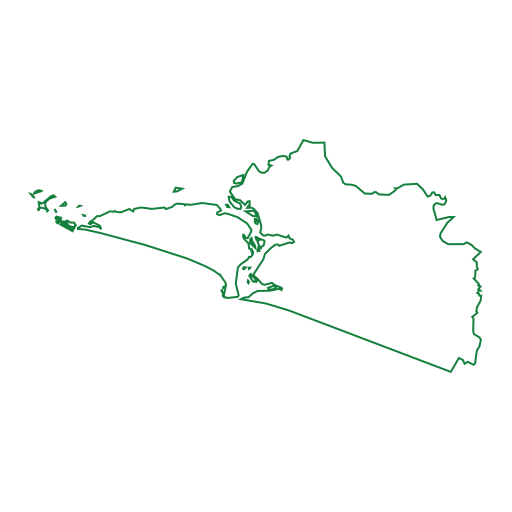 Bonthe, Southern, Sierra Leone
{"feature_id": "65957751B90425188102960", "entity_name": "Bonthe", "entity_type": "district", "adm_level": 2, "iso_a3": "SLE", "parent_name": "Sierra Leone", "parent_adm1": "Southern", "projection": "albers", "projection_center": [-12.539, 7.5], "detail": "fine", "context": "isolated", "style": "outline", "palette": "green", "viewbox_px": 512, "rotation_deg": 0, "n_neighbors": 0, "source": "geoboundaries", "source_scale": "gbopen_adm2", "svg_char_len": 6041}
<svg xmlns="http://www.w3.org/2000/svg" viewBox="0 0 512 512"><path d="M476.8,262.4L473.1,259.2L480.8,252.0L475.1,248.5L471.5,244.9L466.9,242.4L463.6,244.1L448.2,244.2L442.6,240.9L440.0,236.9L440.5,233.4L447.4,222.7L453.6,217.1L449.0,217.0L436.6,220.0L433.4,208.4L433.6,205.7L435.5,203.5L437.0,203.2L442.7,204.8L444.7,204.1L446.3,200.5L445.2,197.3L444.3,198.7L442.1,198.9L441.0,198.3L439.4,195.0L435.8,195.1L434.1,192.3L432.3,192.5L430.2,195.8L427.6,196.5L423.0,189.5L417.0,183.8L404.0,184.6L397.0,188.5L395.4,188.4L396.2,189.2L394.3,191.2L388.9,194.9L379.0,194.4L375.9,192.1L374.2,192.1L371.9,193.8L364.7,193.5L355.9,186.0L351.7,184.7L345.8,184.4L343.1,182.6L341.1,176.6L332.2,168.0L325.1,156.4L324.4,142.6L313.0,142.8L303.4,140.1L297.3,151.0L290.6,153.5L289.4,156.4L290.2,157.8L288.5,159.7L287.4,159.6L286.7,156.8L283.3,155.8L277.9,157.0L274.1,159.7L269.0,160.9L268.4,164.7L271.3,165.5L269.4,166.8L267.9,170.3L264.3,172.8L261.3,172.6L259.0,171.3L254.2,164.1L252.7,163.8L247.1,171.5L242.3,183.7L237.9,186.1L232.3,187.0L229.8,191.5L235.2,199.3L240.1,200.2L245.1,204.9L247.7,201.5L249.6,201.2L249.6,207.1L253.6,208.7L257.6,213.1L261.0,224.7L261.3,227.8L260.2,232.4L262.8,235.3L264.5,235.8L267.9,234.5L272.8,235.7L277.0,234.6L286.3,237.6L288.5,235.6L289.5,238.3L293.0,239.8L294.1,241.9L291.8,243.2L289.6,242.5L279.2,245.8L278.2,244.5L275.4,244.7L270.6,248.3L265.1,253.7L263.2,259.6L253.0,275.1L257.6,278.9L262.0,284.0L264.6,284.8L271.9,282.9L274.6,285.0L281.3,287.7L282.1,288.4L281.5,290.0L278.9,288.8L270.0,290.7L257.7,291.0L252.8,293.3L248.6,297.2L244.2,297.6L240.9,299.2L266.0,303.5L289.3,310.6L450.8,371.9L458.9,358.0L462.9,360.0L464.6,363.7L467.8,361.9L473.6,364.8L475.1,363.5L476.5,352.9L477.2,349.9L479.4,346.5L480.9,339.9L479.6,337.5L474.0,334.2L473.2,331.3L473.5,318.7L472.2,316.9L477.4,312.7L476.3,311.1L477.2,306.8L480.5,301.0L481.3,295.7L479.3,295.6L478.9,293.8L477.4,293.0L478.2,292.4L478.4,290.1L480.2,290.5L478.7,288.6L480.5,286.5L478.3,285.4L479.1,284.7L478.2,283.2L473.7,278.5L474.7,277.9L475.3,275.6L475.4,270.6L477.8,269.2L476.8,266.7L476.8,262.4ZM217.0,205.0L202.3,203.0L190.0,204.9L186.4,204.3L185.0,205.3L184.4,204.2L177.4,203.6L174.6,204.6L172.2,206.9L165.8,209.1L164.6,207.5L152.0,208.9L141.2,207.5L134.2,208.9L133.2,211.5L129.4,209.0L120.9,212.3L116.7,212.0L114.7,211.0L113.9,211.8L110.2,211.3L100.1,216.0L96.9,216.2L91.5,221.4L99.8,225.7L101.3,229.3L99.6,227.3L93.5,225.9L90.1,227.2L81.8,225.6L78.0,227.8L78.0,229.0L84.4,229.4L100.4,233.0L145.2,245.0L186.9,258.4L205.2,266.1L213.5,270.5L220.0,275.1L220.5,273.7L220.1,275.0L225.3,282.4L226.0,285.0L223.7,296.3L227.0,298.0L237.6,296.9L238.7,295.5L235.8,283.8L237.8,267.8L240.4,264.5L247.6,259.5L249.0,256.9L250.7,257.1L252.4,254.9L252.0,253.4L252.9,253.6L253.2,252.6L252.0,249.9L251.3,250.6L250.8,248.8L249.2,248.6L248.4,243.2L244.4,239.3L243.2,237.2L243.2,234.8L244.0,234.9L245.3,237.6L247.6,238.2L251.1,231.8L251.3,229.8L247.2,223.5L237.8,217.3L227.9,213.8L224.3,213.3L219.4,215.2L216.9,213.9L217.3,212.5L221.1,210.5L220.2,208.9L217.0,205.0ZM240.5,208.9L241.3,207.4L240.2,203.6L234.1,200.6L231.5,196.8L228.7,196.9L229.7,201.7L234.2,207.1L237.1,208.7L240.5,208.9ZM69.8,222.5L67.5,220.6L66.6,220.8L67.2,222.4L66.8,223.4L68.7,225.8L73.6,227.4L72.8,229.2L72.1,229.1L72.9,227.4L70.2,229.0L68.3,228.2L70.3,227.1L68.9,227.4L68.2,226.2L66.0,226.1L64.2,224.4L64.2,225.2L63.7,223.8L65.1,221.7L63.3,221.5L62.7,223.4L60.6,224.6L72.5,231.2L75.7,225.3L75.0,225.1L74.4,222.7L69.8,222.5ZM45.1,203.7L46.4,201.2L49.7,198.6L55.2,196.7L53.4,195.3L50.9,196.3L43.1,202.9L41.3,203.7L40.3,203.4L40.3,204.3L39.9,202.7L41.8,203.3L38.7,202.1L39.5,207.8L38.8,209.5L38.7,208.4L38.1,208.6L38.4,210.0L39.1,209.8L39.7,207.9L41.8,207.7L46.1,209.0L47.1,211.3L48.1,210.4L45.5,206.9L45.1,203.7ZM243.2,175.0L237.2,177.1L233.7,181.1L234.0,182.9L236.6,183.6L242.1,182.1L243.2,175.0ZM261.2,247.9L261.6,246.5L263.6,245.5L264.5,241.8L264.3,240.6L260.7,239.1L257.5,241.5L259.4,246.3L261.2,247.9ZM253.8,210.8L245.6,211.4L252.5,215.8L256.9,216.6L255.0,212.0L253.8,210.8ZM268.6,289.7L273.6,289.2L276.6,286.5L274.0,285.7L268.0,287.9L268.6,289.7ZM182.2,188.7L175.7,187.7L173.8,191.7L177.0,191.4L182.2,188.7ZM254.9,281.7L255.7,279.3L251.8,275.5L250.7,277.9L253.1,281.6L254.9,281.7ZM65.1,205.7L66.3,204.3L65.2,202.2L61.1,205.8L65.1,205.7ZM61.1,217.8L57.5,216.9L57.7,220.9L58.4,219.0L60.0,220.4L61.1,217.8ZM257.5,224.0L258.1,221.9L255.0,219.5L254.8,221.8L255.6,223.4L257.5,224.0ZM34.0,193.6L41.2,191.2L41.5,191.0L39.4,190.2L37.1,190.7L34.9,192.1L34.0,193.6ZM255.4,248.0L255.0,245.6L253.2,242.6L252.0,244.9L255.4,248.0ZM61.5,221.7L61.0,220.1L60.1,221.4L56.5,221.8L55.6,221.2L57.5,223.3L61.5,221.7ZM259.4,238.8L256.4,237.0L255.5,237.1L256.4,239.8L259.4,238.8ZM251.0,243.9L252.2,241.8L252.0,240.2L250.3,240.2L250.1,243.4L251.0,243.9ZM89.9,224.3L92.2,223.0L90.7,221.2L88.9,223.3L89.9,224.3ZM259.4,251.0L259.5,249.1L258.4,247.2L257.6,251.2L259.4,251.0ZM229.2,207.2L227.7,204.9L226.1,204.8L227.1,206.9L229.2,207.2ZM245.7,267.4L243.5,267.3L243.1,268.9L244.2,269.2L245.7,267.4ZM66.7,225.7L66.5,223.4L66.9,222.4L66.2,221.9L65.5,224.2L66.7,225.7ZM249.5,276.1L250.8,275.1L251.2,273.4L249.4,275.4L249.5,276.1ZM248.4,283.2L249.0,281.8L248.0,280.6L247.7,282.2L248.4,283.2ZM223.1,293.2L221.7,290.2L222.0,289.3L221.4,290.9L223.1,293.2ZM256.1,282.0L257.0,280.7L256.2,279.8L255.2,281.4L256.1,282.0ZM258.0,220.8L256.7,219.1L255.4,219.2L256.4,220.3L258.0,220.8ZM255.6,278.0L255.3,277.2L253.3,276.8L254.7,278.2L255.6,278.0ZM251.5,240.0L252.0,239.0L251.5,238.0L250.5,238.9L251.5,240.0ZM56.5,212.8L55.8,210.7L54.5,209.0L56.5,212.8ZM56.6,217.3L55.5,217.5L55.1,218.3L55.8,217.5L56.1,219.9L56.6,217.3ZM34.8,198.1L31.0,194.1L30.7,194.0L32.6,196.4L34.8,198.1ZM223.6,293.5L222.9,293.5L222.8,295.8L223.6,296.7L223.6,293.5ZM247.1,207.9L248.5,207.9L248.0,206.5L247.1,207.9ZM250.2,267.6L248.7,267.9L249.0,269.0L249.8,268.5L250.2,267.6ZM224.8,286.0L223.2,287.2L223.2,288.0L224.8,286.0ZM78.3,206.6L79.1,206.4L80.2,205.9L79.1,205.7L78.3,206.6ZM83.1,215.1L83.5,215.8L85.2,215.9L85.2,215.6L83.1,215.1Z" fill="none" stroke="#15803d" stroke-width="2"/></svg>